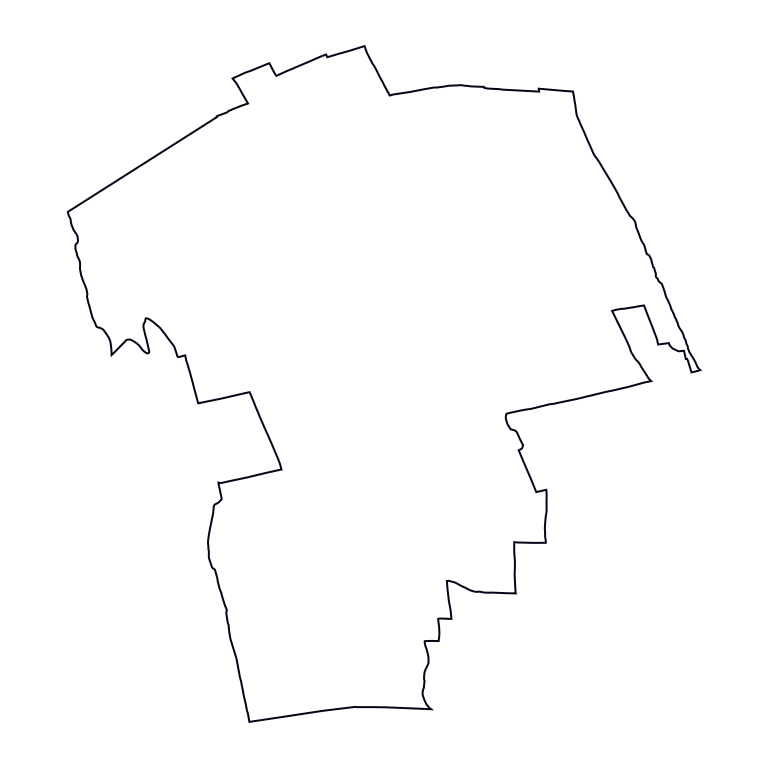 Bacani, Vaslui, Romania (Robinson projection)
{"feature_id": "2599482B44404809262636", "entity_name": "Bacani", "entity_type": "district", "adm_level": 2, "iso_a3": "ROU", "parent_name": "Romania", "parent_adm1": "Vaslui", "projection": "robinson", "projection_center": [27.679, 46.327], "detail": "fine", "context": "isolated", "style": "outline", "palette": "ink", "viewbox_px": 768, "rotation_deg": 0, "n_neighbors": 0, "source": "geoboundaries", "source_scale": "gbopen_adm2", "svg_char_len": 6017}
<svg xmlns="http://www.w3.org/2000/svg" viewBox="0 0 768 768"><path d="M698.3,368.1L697.2,366.4L695.4,362.2L694.5,360.5L693.3,358.5L689.5,352.3L688.0,348.5L687.7,346.4L686.2,343.1L686.0,341.4L685.0,339.1L684.1,337.6L683.4,334.7L683.0,333.7L682.0,331.7L679.4,327.9L678.8,326.7L678.1,324.9L677.7,323.0L676.8,321.5L676.1,319.2L674.8,317.1L674.0,314.7L672.7,311.8L671.3,309.1L670.7,307.1L670.2,305.6L668.2,301.0L667.8,299.9L667.0,298.8L666.0,296.6L664.8,292.4L663.6,288.6L661.9,284.0L659.4,281.9L658.5,280.8L657.8,279.0L656.2,277.3L655.8,276.0L655.9,273.6L654.9,270.9L654.3,268.4L653.1,266.9L651.1,259.2L649.2,255.4L646.8,254.0L645.8,250.8L645.2,248.5L644.3,245.4L641.6,241.0L640.2,237.7L638.7,233.4L636.2,227.2L636.0,225.8L635.2,222.0L633.8,219.7L632.6,218.2L630.4,216.3L629.5,215.1L628.1,212.7L626.3,209.9L619.8,197.9L617.9,193.9L615.2,188.9L609.9,179.8L602.3,167.3L599.4,162.3L597.3,159.3L593.9,154.6L589.8,145.1L587.8,140.9L583.6,130.9L580.7,124.7L579.1,120.7L577.7,117.9L576.7,115.1L576.4,113.2L575.2,104.2L574.5,100.6L574.0,96.5L573.6,95.2L573.0,91.5L565.2,91.0L538.7,88.7L539.2,91.6L503.7,89.7L497.5,89.0L493.5,88.9L487.4,88.5L484.2,87.8L484.0,86.9L471.2,86.4L467.4,85.9L464.5,85.7L461.0,85.1L457.5,85.4L449.3,85.7L443.8,86.6L437.1,87.5L433.4,87.6L420.6,89.9L410.6,91.9L393.9,94.4L389.6,95.5L388.8,93.5L387.6,91.7L384.1,85.1L382.6,82.0L379.8,77.0L376.3,69.9L374.7,66.9L372.3,63.2L369.5,57.9L368.4,55.5L367.3,53.6L366.9,52.7L365.6,49.2L365.0,47.1L364.5,46.1L348.8,51.0L338.8,53.8L327.3,57.2L326.1,54.5L321.6,56.2L316.9,58.2L306.4,62.8L296.4,67.0L292.4,68.8L286.7,71.1L277.9,75.2L276.4,75.9L275.7,75.0L274.5,73.1L272.2,68.8L270.8,65.9L269.2,63.2L251.0,70.7L245.2,72.7L232.6,78.5L236.4,83.3L239.5,88.5L242.1,93.3L248.0,103.5L242.1,105.5L232.9,109.1L231.4,109.9L228.7,110.9L227.8,111.8L226.4,112.7L218.9,115.4L216.7,116.4L216.9,117.1L67.8,211.9L68.3,214.0L69.0,216.2L69.9,217.7L70.6,219.3L70.9,222.2L71.7,225.3L73.8,230.4L75.7,233.0L77.3,235.7L77.8,238.2L78.0,240.3L77.9,241.3L77.6,242.4L77.1,243.2L76.3,243.8L75.6,244.6L75.5,245.9L75.4,247.4L75.5,249.0L75.9,250.6L76.5,252.3L77.6,256.9L78.1,257.8L79.0,259.2L79.6,260.9L80.1,262.8L80.1,264.8L80.0,269.0L81.2,275.5L83.4,281.7L85.3,286.1L86.5,289.4L87.4,294.1L87.0,296.3L87.1,297.4L88.3,302.5L89.2,305.5L91.2,313.1L91.6,314.2L92.0,316.4L92.8,318.3L95.0,322.8L96.4,326.5L97.1,327.1L98.2,327.5L99.5,327.7L101.6,328.6L102.7,329.2L103.8,330.3L106.7,334.4L108.0,336.4L109.0,338.1L109.5,339.5L110.0,340.4L110.4,341.8L111.2,347.6L111.6,352.7L111.6,355.0L114.3,352.5L126.7,339.8L130.2,339.5L132.7,340.7L134.8,342.0L136.9,343.5L139.4,345.7L142.2,349.5L143.9,351.3L145.9,352.7L147.1,353.3L148.0,353.4L148.7,353.1L149.1,352.5L149.2,351.5L146.7,340.3L145.1,334.4L143.9,329.2L143.6,328.3L143.4,325.6L144.0,323.5L145.1,321.6L145.5,318.9L146.1,318.3L147.5,318.4L149.5,319.4L153.2,322.0L159.3,327.1L160.4,328.3L162.1,330.4L163.3,332.1L164.9,334.0L168.7,339.3L171.6,343.0L173.1,345.0L174.2,346.5L176.1,352.1L177.4,356.4L178.1,357.0L178.5,357.1L185.2,355.4L186.4,361.2L187.2,363.2L188.5,367.8L189.7,371.6L192.5,381.9L194.6,390.1L198.2,403.3L199.9,403.0L204.6,402.0L222.7,398.3L245.6,393.0L249.7,392.2L253.7,401.9L255.7,407.0L257.4,410.9L260.2,417.8L265.8,430.6L267.9,435.2L272.3,445.2L274.3,450.1L277.6,457.8L279.9,463.7L281.5,469.5L267.8,472.5L256.0,475.3L247.8,477.3L231.2,480.8L222.6,482.7L220.0,483.1L218.5,482.6L218.7,484.6L221.2,496.2L221.7,498.9L221.1,500.0L220.2,500.7L218.7,502.4L216.7,503.6L214.9,504.4L213.9,505.7L213.2,512.8L212.8,515.1L209.8,529.6L208.6,536.7L208.0,541.5L208.5,549.5L208.8,551.0L208.9,553.1L208.8,556.5L209.0,558.2L212.0,567.3L212.7,568.2L214.6,569.4L215.0,570.0L217.3,578.1L217.8,581.8L218.4,583.9L219.1,587.0L220.0,589.7L220.7,591.5L221.2,592.5L221.7,594.8L224.3,603.4L224.8,604.9L226.2,608.4L226.8,610.2L226.3,612.6L226.5,614.6L227.6,622.0L228.0,623.6L228.6,625.0L229.1,630.9L230.4,638.8L236.5,658.7L240.0,677.6L241.1,681.4L241.6,684.4L242.9,690.5L243.6,694.8L244.9,700.5L245.7,703.8L247.0,710.9L247.8,713.0L249.4,721.9L323.0,710.8L355.0,706.9L356.8,707.1L371.8,707.1L385.7,707.3L431.1,709.2L429.2,707.7L427.4,705.5L426.5,704.3L424.6,700.5L423.4,697.2L422.9,695.6L422.6,694.1L422.6,693.1L423.0,689.9L423.9,687.7L423.9,686.5L424.5,681.7L424.5,680.7L424.2,679.6L424.0,678.5L424.1,676.4L424.6,672.1L425.7,669.1L426.6,667.4L428.5,663.2L428.5,658.4L428.3,656.2L427.3,651.7L426.5,649.0L425.6,646.6L425.0,644.4L424.7,642.3L424.7,641.3L425.0,641.1L431.5,640.9L438.6,641.1L439.2,636.9L439.4,633.2L439.1,626.7L438.1,619.0L439.7,618.5L451.4,618.9L451.1,615.3L450.7,610.9L448.9,601.1L447.5,589.0L446.9,581.0L448.5,580.8L453.6,582.1L455.7,582.8L461.1,585.8L466.0,588.1L470.0,590.2L472.3,591.0L474.5,591.6L477.1,591.9L477.9,591.7L479.4,591.7L484.7,592.6L489.3,592.7L491.8,592.6L506.6,593.2L515.8,593.4L515.5,592.7L515.5,591.8L514.7,575.9L514.7,572.2L514.9,568.2L514.9,561.0L514.4,554.8L514.2,549.9L514.2,547.3L514.2,542.2L518.1,542.5L534.6,542.9L545.8,542.8L545.8,540.8L545.1,536.5L545.1,531.7L544.8,528.6L545.4,520.0L545.8,516.2L546.6,511.3L546.6,507.3L546.5,502.7L546.6,497.4L546.6,493.8L546.3,489.8L536.3,492.1L531.3,479.9L522.4,459.1L518.7,450.2L520.7,449.3L522.0,448.3L522.4,447.5L523.1,445.2L520.3,439.9L516.9,432.3L515.6,430.9L514.6,430.4L510.7,429.3L507.8,424.8L506.6,421.6L505.8,418.5L505.9,416.0L506.3,414.2L507.0,413.6L508.8,413.1L520.9,410.5L524.6,409.8L531.4,408.8L549.4,404.3L554.3,403.7L560.6,402.3L575.6,399.2L582.5,397.6L587.5,396.3L592.2,395.3L595.5,394.4L606.8,391.7L612.3,390.6L627.5,387.1L644.4,382.5L651.2,381.1L648.7,378.6L646.5,375.0L643.5,370.3L641.0,366.5L639.6,363.7L637.4,361.1L635.5,359.2L634.1,357.0L632.8,354.7L631.4,352.6L630.7,351.0L630.0,348.5L629.3,346.5L625.0,337.2L612.1,310.9L615.6,309.9L620.4,309.0L624.6,308.7L628.4,308.0L633.8,307.2L640.2,306.0L644.0,305.5L653.4,329.7L657.0,339.2L658.1,344.5L668.9,343.1L669.7,345.4L672.6,348.5L677.6,350.9L679.1,351.3L681.7,351.0L684.0,350.8L685.8,359.0L687.1,358.9L687.9,360.6L691.5,372.4L698.2,370.8L700.2,370.1L699.6,369.7L698.3,368.1Z" fill="none" stroke="#020617" stroke-width="2"/></svg>